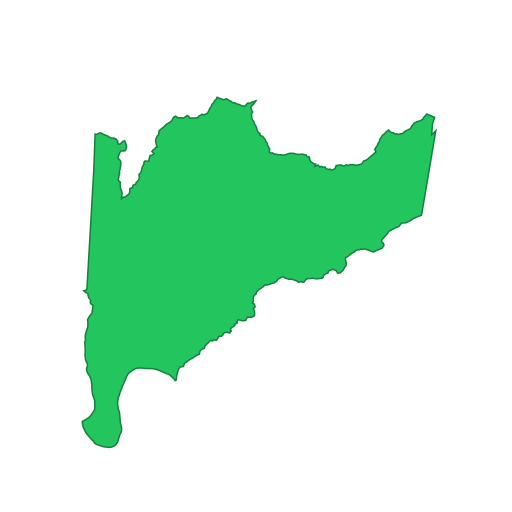 outline of Floresta, Pernambuco, Brazil, rotated 350°
{"feature_id": "56859067B33369261578833", "entity_name": "Floresta", "entity_type": "district", "adm_level": 2, "iso_a3": "BRA", "parent_name": "Brazil", "parent_adm1": "Pernambuco", "projection": "albers", "projection_center": [-38.301, -8.621], "detail": "fine", "context": "isolated", "style": "filled", "palette": "green", "viewbox_px": 512, "rotation_deg": 350, "n_neighbors": 0, "source": "geoboundaries", "source_scale": "gbopen_adm2", "svg_char_len": 6081}
<svg xmlns="http://www.w3.org/2000/svg" viewBox="0 0 512 512"><g transform="rotate(350 256 256)"><path d="M282.8,103.2L278.6,103.7L276.8,104.5L274.3,104.0L270.8,106.6L267.2,105.1L266.3,104.1L263.7,103.0L261.6,101.4L259.6,100.9L258.4,99.5L256.8,98.3L254.1,95.9L251.6,96.7L249.0,95.2L246.5,93.8L245.3,92.9L243.9,94.9L242.1,95.9L240.6,97.9L239.0,98.9L237.7,101.2L236.0,102.8L235.0,104.4L233.0,106.9L231.1,107.5L229.3,108.0L227.6,107.0L225.8,107.7L224.1,108.2L223.0,109.5L221.4,109.6L219.1,109.5L217.0,108.9L214.8,108.9L214.1,106.9L212.7,105.7L210.2,106.9L208.4,107.6L206.7,107.0L203.3,106.4L201.1,104.3L199.3,104.9L198.3,105.7L197.1,107.4L195.4,108.9L194.0,109.5L191.7,110.3L190.1,111.0L188.2,112.5L182.3,115.8L181.0,119.9L179.7,120.5L177.6,123.6L177.0,125.8L177.2,128.0L177.2,129.9L177.8,131.5L176.1,131.7L175.0,132.7L172.9,133.7L171.6,135.1L172.5,136.1L173.4,137.4L171.3,138.6L169.1,138.7L167.5,141.9L167.2,143.7L165.3,143.8L163.3,143.1L161.9,144.3L161.5,146.1L159.5,148.5L157.2,153.8L155.3,154.9L154.6,156.8L155.0,158.3L154.1,159.7L153.6,160.9L150.6,163.0L150.1,164.3L147.2,164.9L146.4,167.1L143.5,167.6L142.9,170.4L142.3,172.0L141.3,173.1L139.2,174.1L137.6,175.1L135.4,175.0L133.5,176.1L133.9,174.3L134.6,172.4L135.1,170.8L134.7,167.3L134.3,166.0L134.7,161.4L135.2,159.9L133.6,157.5L133.8,156.3L134.5,154.8L135.0,153.1L136.2,150.5L136.0,149.2L137.1,147.3L137.8,145.1L138.4,143.8L138.6,142.4L139.2,140.8L139.0,138.5L137.1,135.8L137.5,134.4L139.8,130.5L141.5,129.2L145.2,129.7L146.6,128.2L147.6,125.7L147.5,124.0L146.7,119.7L144.8,119.9L143.2,121.2L141.4,122.2L139.4,121.6L139.7,120.1L139.7,118.7L138.2,116.2L135.7,115.0L134.3,114.9L132.1,113.4L130.2,111.6L129.1,111.1L126.4,109.3L125.3,108.2L123.6,107.6L122.1,108.0L120.7,108.6L118.7,108.0L110.9,144.4L83.7,259.3L82.7,260.1L80.3,260.4L82.1,262.6L83.9,263.7L83.8,266.1L84.0,268.1L85.0,269.7L85.5,270.9L84.6,273.1L85.1,274.5L87.0,276.3L86.2,278.6L85.7,280.5L85.0,281.8L84.6,283.7L81.9,286.0L79.1,289.4L78.8,293.1L78.0,296.8L76.9,298.5L74.2,304.1L73.7,306.4L73.6,308.6L72.4,311.2L71.7,317.5L70.8,322.3L70.3,323.9L70.4,325.8L70.1,328.5L71.2,333.4L70.9,334.9L69.8,337.0L69.3,338.8L69.5,340.6L70.1,342.7L71.5,346.0L72.1,349.1L71.9,354.8L71.4,357.6L71.0,363.7L72.0,369.8L71.9,371.6L71.0,377.4L70.1,379.7L65.1,384.9L63.5,385.9L59.2,387.8L56.2,388.7L56.0,391.3L56.1,394.6L56.6,396.5L58.0,401.0L61.8,407.6L63.6,409.9L64.7,412.3L65.5,413.3L67.1,414.3L72.1,417.1L73.8,417.7L77.7,418.9L79.5,419.1L81.8,418.9L83.9,418.2L85.2,417.4L86.8,415.9L87.9,414.4L90.6,408.8L93.1,405.3L93.7,402.5L93.7,400.5L93.5,395.7L94.3,388.1L94.2,384.9L93.9,382.2L94.0,377.3L95.7,371.7L96.6,370.4L98.6,366.4L100.7,363.2L101.8,361.0L106.1,354.8L107.5,352.3L109.3,350.2L110.4,349.3L113.8,347.5L117.1,346.2L118.5,345.8L120.1,345.9L123.3,346.3L127.7,347.6L133.9,348.8L135.9,349.4L138.5,350.6L140.3,351.5L141.9,352.7L143.3,353.5L150.0,357.9L152.5,360.7L153.1,361.9L154.2,363.2L154.7,364.7L156.0,364.2L157.1,360.0L160.1,353.8L162.1,352.2L165.4,352.2L167.1,348.9L168.9,348.6L170.7,347.5L172.6,346.6L178.1,344.6L179.8,343.8L181.1,343.3L183.2,342.9L184.3,339.8L185.4,339.0L186.8,338.5L189.2,337.9L189.9,335.8L194.2,333.0L195.4,331.8L196.8,331.3L198.4,332.1L200.2,331.4L202.4,332.1L204.3,330.2L205.4,328.8L207.9,329.0L209.2,328.4L211.3,326.1L213.7,326.0L216.8,327.3L218.6,325.6L218.1,323.7L219.4,322.4L221.8,321.5L223.0,320.8L223.4,319.7L226.0,318.7L225.8,317.3L227.4,315.6L229.7,316.7L231.9,317.6L234.7,317.7L235.8,316.1L237.0,314.7L238.6,315.1L240.4,315.6L242.2,315.4L244.2,314.4L244.7,312.3L244.9,309.6L244.1,307.7L246.3,305.9L246.0,303.1L244.4,301.4L245.6,300.1L246.2,296.3L247.3,294.6L249.7,293.2L250.1,291.8L252.2,290.0L253.8,289.3L255.5,288.7L257.7,287.5L259.4,286.1L261.4,286.5L264.2,286.3L267.4,285.7L269.1,285.7L272.1,284.3L273.3,282.8L274.9,282.3L277.8,281.1L279.5,281.3L280.7,282.7L282.9,283.8L284.5,284.8L287.0,284.9L290.0,286.6L292.0,287.6L293.4,289.3L295.7,289.0L297.1,289.8L299.0,289.9L300.1,288.6L301.3,287.6L303.4,287.3L305.6,287.7L308.0,287.6L310.5,288.7L312.8,289.2L315.6,289.2L317.0,289.5L318.4,288.7L318.6,287.3L320.0,286.4L321.8,285.5L323.9,285.3L324.9,283.2L327.5,282.9L329.1,282.3L330.8,283.4L332.5,284.3L333.4,287.2L336.3,287.2L337.6,286.2L339.1,285.4L341.4,282.4L342.7,281.4L343.4,280.3L343.7,278.6L343.4,275.5L343.9,273.0L345.9,272.6L350.4,270.1L353.7,269.1L355.3,267.8L358.0,267.7L360.5,267.6L362.6,268.0L364.2,267.8L372.2,272.4L381.7,270.1L384.0,267.6L383.6,265.6L382.2,264.0L382.6,262.1L389.8,256.3L391.2,254.7L395.4,253.4L398.0,252.5L401.8,251.8L403.0,250.8L405.0,248.9L409.4,249.3L414.5,247.9L417.0,246.6L419.1,246.1L420.6,245.6L426.1,244.6L454.8,163.9L450.0,167.2L452.8,156.5L456.0,150.5L448.8,145.8L446.9,147.5L445.4,148.5L443.8,150.4L440.6,151.5L437.9,151.5L436.0,152.3L434.8,152.7L432.2,154.9L430.1,157.4L424.7,159.0L423.2,159.8L422.0,160.7L419.3,160.7L417.4,161.1L415.8,160.1L414.2,160.0L412.7,158.6L410.4,157.8L409.4,156.5L408.4,154.9L405.9,156.2L403.3,158.2L401.4,159.1L400.3,160.6L398.7,162.0L398.0,163.0L397.4,164.8L395.8,166.1L394.7,168.2L393.4,169.4L391.4,171.7L392.0,173.3L391.8,175.0L390.4,175.2L388.6,176.6L387.0,177.3L385.5,178.3L384.2,179.0L382.8,180.0L380.9,180.8L378.6,181.1L377.5,182.2L376.2,183.7L370.6,184.1L367.6,182.9L364.4,182.3L362.4,182.9L360.9,181.8L357.9,182.7L355.9,181.2L353.9,180.9L350.7,180.8L348.9,183.8L347.3,184.2L345.0,184.4L344.0,183.2L342.7,183.4L340.5,182.4L339.3,180.2L337.6,180.3L335.8,179.0L334.4,179.6L332.9,177.2L329.6,177.8L330.7,175.8L328.9,175.2L326.3,172.5L325.7,170.5L325.8,167.8L323.1,166.6L322.7,164.9L321.2,164.6L319.1,163.6L317.1,163.6L314.8,163.1L312.3,162.3L311.2,161.6L309.1,161.0L306.8,160.7L302.5,161.4L300.3,161.5L298.5,160.6L296.5,160.4L294.6,159.8L293.5,159.1L291.9,159.0L290.4,157.4L288.7,157.3L287.2,155.9L288.0,152.8L286.5,148.6L286.8,146.8L285.5,145.0L285.4,143.2L284.4,141.2L283.2,139.2L280.9,138.0L281.2,136.0L279.7,134.8L278.9,131.8L278.8,129.0L278.1,127.4L277.5,125.5L277.4,124.0L276.7,122.3L276.0,121.0L275.9,118.5L276.2,115.7L276.8,114.5L277.7,113.6L277.0,111.6L276.6,108.9L277.9,107.3L280.1,106.1L282.8,103.2Z" fill="#22c55e" stroke="#15803d" stroke-width="1.5"/></g></svg>